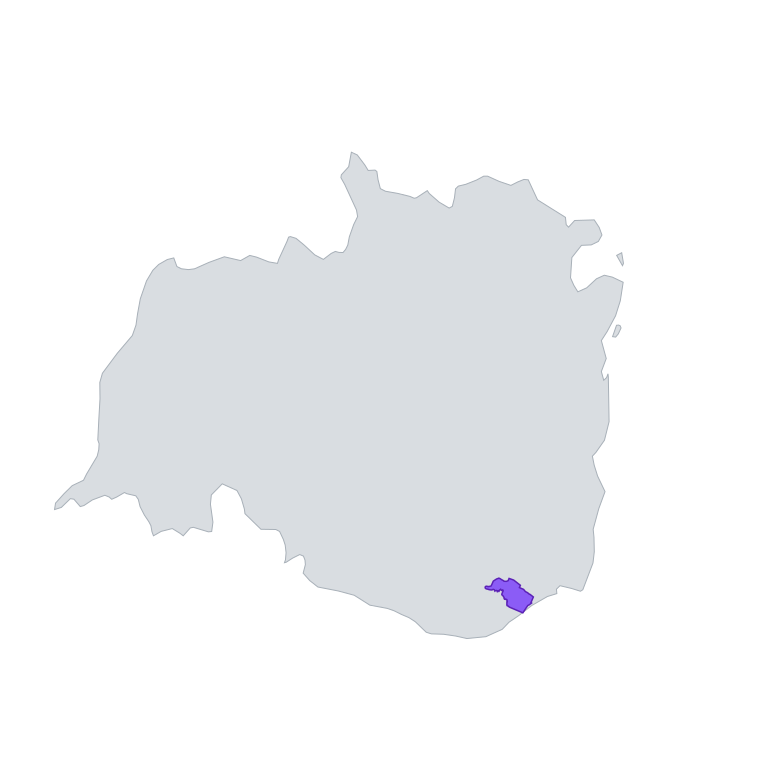 Svay Chek, Bântéay Méanchey, Cambodia (highlighted), rotated 203°
{"feature_id": "14789045B19114929433175", "entity_name": "Svay Chek", "entity_type": "district", "adm_level": 2, "iso_a3": "KHM", "parent_name": "Cambodia", "parent_adm1": "Bântéay Méanchey", "projection": "robinson", "projection_center": [103.023, 13.816], "detail": "fine", "context": "in_parent", "style": "filled", "palette": "violet", "viewbox_px": 768, "rotation_deg": 203, "n_neighbors": 0, "source": "geoboundaries", "source_scale": "gbopen_adm2", "svg_char_len": 5911}
<svg xmlns="http://www.w3.org/2000/svg" viewBox="0 0 768 768"><g transform="rotate(203 384 384)"><path d="M638.2,139.7L639.8,146.0L635.7,157.9L631.3,168.6L623.0,178.0L622.6,184.9L619.8,205.5L620.9,212.1L622.9,217.7L625.6,220.7L633.0,240.9L639.6,259.3L646.2,274.4L647.4,283.9L641.5,308.1L634.6,330.3L635.3,341.3L638.3,352.4L641.6,367.2L642.9,386.1L641.2,398.4L638.1,406.0L632.1,413.9L626.8,417.9L620.5,411.2L615.5,410.9L608.7,412.9L603.4,416.0L592.7,427.5L580.7,438.7L564.2,441.6L557.8,449.9L550.9,451.0L537.7,451.4L529.2,453.4L529.6,457.6L529.0,477.3L529.2,481.9L527.8,483.1L521.9,483.7L511.8,480.7L498.2,475.8L488.5,475.0L483.6,483.6L480.6,487.0L477.0,487.5L473.1,489.0L471.9,492.9L471.6,497.7L473.4,505.9L474.2,518.9L473.7,527.8L477.3,533.4L498.1,552.3L504.3,557.1L505.0,559.9L501.4,570.2L504.6,584.6L498.1,584.4L487.2,578.1L482.0,574.4L475.8,577.4L473.6,576.8L469.3,569.7L463.7,562.4L458.0,562.0L445.9,564.8L433.5,566.8L428.8,566.8L426.9,568.1L419.7,578.9L416.7,577.0L404.2,572.9L392.8,571.4L390.5,574.2L391.9,583.0L394.4,591.6L392.9,595.2L386.7,599.8L378.5,607.9L373.4,614.3L369.9,615.8L357.3,615.5L344.8,616.4L339.8,622.3L335.1,627.0L331.0,628.3L314.6,613.5L282.1,608.3L278.5,601.8L275.4,600.5L272.4,609.0L254.6,617.2L247.1,612.2L241.6,606.3L242.4,599.0L247.6,593.0L256.4,588.8L260.5,573.8L253.8,554.6L247.8,549.0L241.6,544.6L235.0,551.7L229.5,563.9L223.7,570.2L215.6,571.6L203.6,571.1L199.0,552.9L197.5,537.3L199.1,519.4L200.9,508.9L189.4,494.3L188.8,480.4L183.2,473.3L181.6,476.9L181.8,480.9L180.2,478.0L162.1,437.3L159.1,418.4L162.2,403.9L164.0,399.0L158.8,391.4L151.4,382.7L138.5,371.3L137.6,353.3L134.7,332.0L130.8,324.9L124.9,311.8L121.7,300.9L120.6,272.3L122.2,270.0L131.4,269.1L143.2,267.1L145.1,262.5L143.0,258.6L150.6,252.2L161.4,237.9L169.7,223.1L175.8,213.7L179.3,204.4L191.5,191.2L208.2,182.1L219.6,180.0L231.4,176.9L242.8,172.5L248.2,172.0L262.3,177.4L269.9,178.7L277.9,178.7L286.1,179.2L293.4,178.7L310.6,174.9L328.9,177.9L345.3,175.6L365.5,171.3L375.5,174.0L384.5,178.3L385.8,187.0L387.9,191.0L390.9,194.1L394.9,194.1L400.1,188.0L404.4,181.7L405.8,180.6L406.0,183.6L408.2,190.4L412.0,197.1L415.9,201.6L422.5,207.5L426.7,207.8L440.5,202.2L461.3,210.3L463.7,214.4L470.4,222.6L477.7,228.5L493.9,228.9L499.6,214.4L496.8,205.5L487.5,190.0L485.0,180.9L487.9,179.3L503.5,177.6L506.1,175.8L509.5,165.8L513.7,166.9L522.4,168.2L531.5,161.3L536.9,154.2L539.9,157.4L543.2,162.5L546.7,165.4L553.3,169.7L560.6,175.8L565.1,181.8L568.8,184.1L578.0,182.5L580.5,182.7L585.9,175.5L589.6,171.5L592.9,172.6L597.5,172.5L607.2,163.3L612.7,154.9L615.7,152.5L624.4,156.8L627.9,155.9L632.8,144.3L638.2,139.7ZM192.9,528.9L191.1,529.9L189.4,529.9L187.7,528.2L187.9,521.7L189.1,517.7L192.1,516.9L192.9,528.9ZM220.1,593.3L216.5,597.7L210.7,588.6L210.7,586.1L220.1,593.3Z" fill="#d9dde1" stroke="#a8b0b8" stroke-width="1"/><path d="M210.5,235.5L210.2,235.4L209.6,235.4L209.1,235.5L208.6,235.6L208.2,235.7L207.8,235.7L207.4,235.7L206.9,235.8L206.4,235.9L205.8,236.0L205.4,236.2L205.0,236.3L204.7,236.4L204.4,236.5L204.2,236.7L203.8,237.0L203.6,237.1L203.6,237.3L203.4,237.5L203.0,237.7L202.6,237.7L202.1,237.7L201.7,237.6L201.5,237.3L201.1,237.0L201.0,236.8L200.8,237.1L200.4,237.4L200.0,237.7L199.8,237.9L199.7,237.9L199.4,237.9L199.2,237.8L199.0,237.7L198.9,237.5L198.8,237.4L198.7,237.3L198.6,237.2L198.5,237.5L198.4,237.9L198.3,238.3L198.0,238.5L197.7,238.4L197.5,238.2L197.4,238.1L197.2,238.0L197.1,238.3L197.1,238.6L197.1,238.8L197.1,239.0L197.0,239.3L197.0,239.7L196.9,240.0L196.6,240.1L196.4,240.1L196.3,240.5L196.2,240.4L195.8,240.3L195.5,240.2L195.2,240.0L194.9,239.9L194.7,240.2L194.5,240.5L194.4,240.7L194.3,240.8L194.2,240.7L193.7,240.5L193.6,240.3L193.5,240.0L193.5,239.6L193.5,239.2L193.5,238.7L193.5,238.2L193.5,237.7L193.5,237.2L193.5,236.9L193.4,236.5L193.3,236.2L193.2,236.0L192.8,235.9L192.4,235.8L192.0,235.6L191.7,235.5L191.4,235.3L191.1,235.1L190.8,234.8L190.6,234.7L190.3,234.6L190.1,234.4L189.8,234.1L189.7,233.8L189.7,233.7L189.6,233.4L189.4,233.3L189.3,233.2L189.2,233.2L188.8,233.0L188.6,233.1L188.4,233.1L188.2,233.5L187.9,233.6L187.7,233.6L187.3,233.4L187.0,233.3L186.8,233.4L186.7,233.5L186.5,233.4L186.4,233.2L186.2,232.9L186.1,232.7L186.0,232.4L185.9,232.5L185.8,232.4L185.7,232.2L185.5,231.9L185.6,231.7L185.4,231.6L185.4,231.4L185.4,231.2L185.5,230.9L185.4,230.8L185.4,230.7L185.3,230.4L185.2,230.3L185.2,230.2L185.1,229.9L185.0,229.6L184.9,229.4L184.8,229.2L184.7,228.9L184.6,228.7L184.4,228.7L184.2,228.2L183.9,228.0L183.5,228.1L183.2,228.1L182.9,228.1L182.6,227.9L182.2,227.8L181.8,227.7L181.4,227.7L181.0,227.6L180.5,227.6L180.2,227.6L179.6,227.6L172.8,227.6L170.4,227.6L166.8,227.6L165.1,236.3L164.1,237.4L163.4,238.6L163.1,239.1L162.6,240.0L163.3,240.1L163.3,246.3L166.1,247.1L166.4,247.1L166.6,247.2L166.8,247.2L167.0,247.3L167.4,247.4L167.6,247.4L167.8,247.3L168.0,247.3L168.3,247.4L168.5,247.5L169.0,247.5L169.3,247.7L169.5,247.7L169.8,247.8L170.0,247.9L170.2,248.0L170.4,248.0L170.6,248.0L170.9,248.0L171.1,248.1L171.4,248.1L171.6,248.1L171.8,248.1L172.1,248.1L172.3,248.1L172.5,248.2L172.8,248.2L175.3,249.5L179.8,249.5L179.8,252.0L188.0,254.2L189.9,254.1L191.2,254.0L192.9,253.9L192.9,251.5L193.3,251.0L193.9,250.5L194.3,250.1L194.7,250.0L195.1,249.8L195.7,249.6L196.1,249.5L196.3,249.5L196.4,249.4L196.8,249.4L197.2,249.6L197.7,249.7L198.4,249.8L199.0,249.8L199.6,249.9L200.2,250.0L200.7,250.1L201.2,250.2L201.8,250.2L202.1,250.2L202.4,250.2L202.5,250.0L202.6,249.9L203.6,249.1L203.8,248.9L204.1,248.6L204.2,248.4L204.4,248.2L204.5,248.1L204.8,247.6L205.1,247.2L205.3,246.9L205.6,246.4L206.3,245.4L206.4,244.9L206.4,244.3L206.4,243.0L206.4,242.0L206.5,240.1L206.6,239.8L207.0,239.5L207.7,239.0L208.4,238.6L208.8,238.3L209.0,238.2L209.3,238.2L209.7,238.1L210.0,238.1L210.4,238.0L210.7,237.9L211.0,237.7L211.3,237.4L211.5,237.1L211.5,236.8L211.4,236.3L211.3,236.0L211.1,235.8L210.9,235.6L210.6,235.5L210.5,235.5Z" fill="#8b5cf6" stroke="#5b21b6" stroke-width="1.5"/></g></svg>